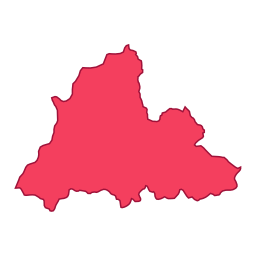 Nabawan / Persiangan, Sabah, Malaysia
{"feature_id": "92858781B57526539682129", "entity_name": "Nabawan / Persiangan", "entity_type": "district", "adm_level": 2, "iso_a3": "MYS", "parent_name": "Malaysia", "parent_adm1": "Sabah", "projection": "orthographic", "projection_center": [116.509, 4.704], "detail": "fine", "context": "isolated", "style": "filled", "palette": "rose", "viewbox_px": 256, "rotation_deg": 0, "n_neighbors": 0, "source": "geoboundaries", "source_scale": "gbopen_adm2", "svg_char_len": 3967}
<svg xmlns="http://www.w3.org/2000/svg" viewBox="0 0 256 256"><path d="M15.4,188.1L15.5,188.1L19.6,187.8L20.6,188.5L21.4,189.5L23.4,193.1L24.3,195.0L26.0,195.3L28.2,195.1L30.3,194.9L32.6,194.8L35.2,195.1L37.4,196.4L38.9,197.3L40.4,198.6L43.3,199.4L44.1,200.7L44.2,202.9L44.3,205.6L45.4,207.6L46.9,208.2L49.1,208.9L50.1,210.8L51.7,211.1L53.4,210.7L54.7,208.7L55.5,206.1L56.0,204.9L58.3,200.9L59.1,199.1L61.9,198.6L63.8,198.4L66.1,197.6L67.5,196.6L68.5,194.6L68.9,191.8L69.1,189.9L70.9,188.8L72.8,189.2L74.7,190.5L76.3,191.2L78.2,191.1L79.7,190.3L82.3,190.7L85.6,191.3L86.8,192.2L87.9,193.4L90.4,193.5L91.8,192.4L94.3,192.0L96.6,192.3L98.1,191.8L101.0,190.2L103.7,189.3L105.7,189.5L107.5,190.3L109.5,191.8L110.8,193.6L112.1,194.4L114.1,195.0L115.6,196.0L116.0,197.5L116.5,199.2L118.1,199.3L119.8,200.4L120.1,201.6L120.7,205.9L121.0,207.3L122.1,207.6L124.2,207.1L125.8,206.4L127.2,205.6L128.8,204.4L130.0,202.9L130.9,200.7L131.5,198.6L132.8,199.1L133.4,199.7L135.1,201.5L137.7,201.4L138.9,201.3L140.3,200.6L140.6,199.6L140.5,198.3L139.8,197.1L138.7,194.3L139.3,192.6L141.3,190.5L142.8,189.2L144.3,188.8L145.1,187.8L145.7,185.7L146.9,186.0L147.8,187.3L148.8,189.7L149.9,191.3L152.5,192.1L153.6,191.7L154.8,193.5L155.0,196.1L155.7,197.9L156.7,199.1L158.3,199.3L160.2,198.9L161.3,198.5L163.2,197.6L164.5,196.8L165.6,197.3L167.1,198.2L168.3,198.6L169.9,198.6L172.2,198.5L174.4,198.3L176.1,196.5L176.8,195.7L178.3,194.0L179.2,192.1L179.8,189.7L181.3,189.3L183.1,190.3L184.4,192.4L186.7,196.0L188.5,198.0L190.1,197.5L192.1,197.0L194.5,199.4L197.2,200.7L198.6,200.3L199.9,199.1L201.5,198.8L203.2,198.3L205.6,197.2L207.5,195.9L209.2,194.5L210.5,193.4L213.3,194.4L214.5,195.5L215.9,195.4L217.8,195.0L218.5,195.0L218.8,195.0L219.8,194.2L220.6,192.6L222.5,191.0L225.6,190.2L227.1,190.1L230.4,190.1L232.8,189.7L234.7,188.8L236.0,187.9L237.0,186.3L236.9,184.5L235.8,181.5L234.6,179.4L234.5,177.9L235.2,176.0L236.4,174.1L237.5,172.8L239.2,171.1L240.1,170.0L240.6,168.6L240.6,167.1L237.9,168.4L236.3,167.7L235.0,166.9L231.3,164.1L228.2,161.6L227.6,160.6L226.7,159.6L225.5,158.6L224.1,157.4L222.6,157.4L221.0,157.0L218.8,156.7L211.8,156.3L208.5,153.1L205.3,149.8L203.8,148.1L202.5,147.0L200.9,145.8L196.2,146.4L194.5,144.9L195.7,142.9L198.4,140.4L200.9,138.8L202.6,137.7L203.4,136.4L203.3,135.6L202.8,133.1L204.3,132.4L204.3,130.1L202.8,128.8L202.4,127.0L201.4,125.7L200.2,125.1L198.3,124.8L197.4,124.5L195.0,121.6L194.4,119.6L193.2,118.1L191.8,117.4L190.4,115.8L189.8,113.4L189.4,111.4L188.0,109.9L186.7,108.7L185.1,106.9L182.8,111.7L179.6,110.0L177.8,109.3L176.1,109.0L173.8,109.1L172.4,109.1L171.6,108.6L169.8,108.6L167.4,110.5L165.6,112.1L164.4,112.4L162.3,113.0L162.0,114.3L161.6,115.4L160.5,115.7L160.1,117.0L159.9,119.3L158.8,120.9L156.8,121.6L155.3,121.4L152.6,121.3L147.8,119.2L147.5,116.8L147.5,114.5L146.7,112.5L146.9,110.8L147.1,109.6L146.4,108.2L143.0,106.6L142.9,105.4L142.3,103.3L141.8,101.0L141.1,99.3L140.1,97.4L140.0,93.9L138.8,91.5L139.4,89.7L139.8,88.3L139.8,86.5L139.4,84.8L139.0,83.0L138.4,82.5L137.8,79.9L137.8,79.4L138.0,77.9L137.9,76.8L139.3,75.6L139.8,74.6L141.1,73.5L142.6,72.5L142.7,69.8L141.7,69.2L141.7,67.7L141.8,65.7L141.6,62.5L141.3,60.9L139.5,59.9L138.0,58.9L137.7,56.9L136.8,55.7L135.7,54.5L136.3,53.4L135.8,51.8L132.9,50.5L130.3,50.0L129.1,48.7L128.8,46.8L128.6,44.9L127.1,45.4L126.3,45.7L124.7,47.9L123.4,52.0L120.3,53.5L115.4,54.0L111.8,53.9L109.2,53.7L106.9,54.6L104.8,60.0L103.3,63.9L96.3,67.1L90.3,68.0L85.6,67.9L82.8,67.7L80.4,70.7L78.9,75.7L75.5,81.3L73.0,83.8L72.4,89.4L72.4,94.1L69.9,98.6L66.3,101.0L63.4,101.5L61.1,100.6L59.4,98.9L56.7,96.9L55.0,96.6L51.7,97.8L52.4,100.4L53.2,101.7L54.5,104.9L55.8,106.5L57.4,110.2L57.7,120.5L56.8,123.0L54.7,125.9L54.0,129.4L54.0,132.5L52.6,136.2L51.9,140.2L49.5,143.6L46.4,144.5L43.1,145.5L40.3,147.1L38.6,151.3L38.8,154.5L38.4,157.2L37.0,160.4L35.0,162.4L29.8,164.1L27.5,165.1L25.8,167.3L24.0,171.6L23.0,173.6L19.8,177.1L18.8,179.9L15.4,188.1Z" fill="#f43f5e" stroke="#9f1239" stroke-width="1.5"/></svg>